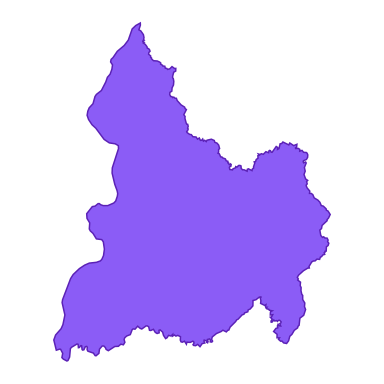 outline of Puerto Boyacá, Boyacá, Colombia
{"feature_id": "7082276B10585708061512", "entity_name": "Puerto Boyacá", "entity_type": "district", "adm_level": 2, "iso_a3": "COL", "parent_name": "Colombia", "parent_adm1": "Boyacá", "projection": "orthographic", "projection_center": [-74.402, 6.004], "detail": "fine", "context": "isolated", "style": "filled", "palette": "violet", "viewbox_px": 384, "rotation_deg": 0, "n_neighbors": 0, "source": "geoboundaries", "source_scale": "gbopen_adm2", "svg_char_len": 5996}
<svg xmlns="http://www.w3.org/2000/svg" viewBox="0 0 384 384"><path d="M53.8,340.0L56.3,350.2L59.7,349.1L60.6,349.3L62.7,353.3L61.9,357.6L63.3,359.1L66.9,361.0L68.0,360.5L69.6,357.1L70.4,348.6L71.5,347.3L77.0,344.0L78.1,344.3L78.4,347.7L79.4,347.5L80.7,345.7L81.6,345.7L82.1,349.6L82.7,350.1L83.9,349.8L85.3,346.7L86.7,346.4L87.3,347.3L87.1,349.7L87.9,351.2L93.4,353.1L95.1,355.6L96.0,355.8L98.9,353.4L99.5,349.1L102.2,346.0L103.8,346.0L105.4,347.6L106.1,349.4L108.3,350.7L114.8,346.5L118.4,346.3L120.8,344.2L123.4,344.8L124.9,342.3L124.1,339.6L124.7,337.8L126.7,336.0L130.3,334.6L132.2,329.6L133.2,328.9L135.0,329.2L137.7,326.2L140.2,328.4L141.8,329.0L146.1,325.9L147.3,325.9L148.7,326.8L149.5,330.3L150.8,330.5L153.4,329.3L155.3,332.4L157.1,333.5L159.2,332.8L159.0,330.3L160.1,329.9L162.6,332.1L163.5,335.4L165.6,338.6L167.1,337.7L168.5,335.4L171.0,336.0L172.7,334.4L172.6,336.1L174.4,335.0L175.9,336.1L177.8,335.4L180.5,336.7L180.3,340.1L181.0,341.8L182.3,342.2L184.5,341.2L186.4,344.2L186.9,342.2L190.2,342.4L192.9,341.2L193.9,342.1L193.9,343.4L193.0,344.6L193.5,345.4L195.6,345.7L197.7,344.4L200.0,346.7L202.2,343.6L204.8,343.0L203.9,341.0L204.2,340.1L206.5,340.9L206.7,342.3L207.6,342.8L208.1,341.4L207.4,339.5L209.6,338.9L210.3,340.0L210.2,341.9L211.8,342.1L212.6,341.1L211.6,339.3L212.3,336.9L216.5,333.5L221.0,331.6L222.9,330.2L226.3,331.9L227.9,330.2L228.8,330.1L230.1,327.1L235.7,321.5L236.6,319.9L238.1,319.2L242.2,314.8L243.9,314.3L244.6,312.9L247.8,311.8L248.2,309.9L250.2,309.0L252.9,305.9L253.0,300.5L256.0,299.7L259.2,297.2L260.4,296.9L261.0,297.1L260.3,298.3L260.9,300.7L260.6,303.4L264.7,305.4L265.9,304.7L265.5,306.7L265.8,307.4L266.9,307.3L266.2,308.2L266.6,308.7L268.9,309.4L269.3,310.2L272.2,310.8L270.6,311.7L270.4,312.6L270.3,315.0L272.7,314.7L271.5,316.9L270.3,317.2L272.2,319.2L271.0,321.1L271.2,322.2L272.1,322.1L273.8,320.0L274.8,321.0L276.7,320.6L277.4,321.4L278.4,320.4L279.7,320.3L281.1,321.8L280.9,322.8L279.8,323.6L280.7,326.0L279.0,325.7L278.1,324.3L277.4,326.0L277.8,327.8L275.9,328.4L273.6,331.5L277.1,334.3L277.0,337.8L279.5,337.8L278.5,339.3L279.1,339.9L280.6,341.2L282.0,341.1L283.6,342.9L286.6,343.5L288.6,340.8L289.8,336.3L291.9,334.4L294.3,330.3L297.6,327.9L298.0,326.3L299.1,325.3L299.9,318.2L303.7,315.3L305.6,309.5L304.5,306.7L304.8,303.0L302.7,299.5L302.7,295.4L301.8,294.3L301.0,290.8L301.1,287.5L300.2,285.6L300.5,282.2L297.7,280.0L298.3,278.9L297.3,277.3L298.6,275.1L303.5,270.7L307.8,268.1L309.3,268.0L309.0,266.5L311.7,262.0L313.3,261.0L315.1,260.9L317.0,259.1L319.6,259.4L320.4,257.1L321.5,256.7L323.0,254.8L324.7,254.4L324.2,252.8L325.0,252.3L325.0,251.3L326.2,251.1L326.4,246.8L328.1,245.5L328.8,243.2L327.6,241.7L328.1,240.1L327.1,238.1L324.9,238.0L323.7,236.8L322.5,237.4L320.8,235.5L319.8,230.1L321.5,228.6L322.1,225.4L327.1,220.7L327.1,219.6L328.5,218.1L330.2,214.5L328.0,211.0L326.4,210.2L326.1,208.8L323.3,206.1L321.3,205.6L319.9,202.3L317.9,200.1L314.2,197.9L312.8,194.6L311.2,193.4L309.5,193.4L309.8,191.1L307.1,187.9L306.2,185.8L306.2,185.1L307.2,183.9L306.6,181.6L307.7,180.4L305.6,178.9L304.0,174.5L305.2,171.2L304.4,167.5L306.2,163.0L305.6,162.0L303.6,162.8L303.2,161.8L303.5,160.7L306.4,159.5L307.6,157.4L307.8,154.9L307.1,153.2L306.3,152.5L303.6,152.3L302.0,150.4L299.7,151.2L299.8,149.4L298.3,148.4L295.6,148.5L295.5,147.8L296.6,147.1L296.9,144.3L293.7,145.6L289.8,143.0L288.8,144.9L282.9,142.0L281.7,143.5L280.1,143.8L279.0,148.6L277.5,149.4L277.6,147.4L276.2,146.5L272.1,152.3L271.2,152.2L270.5,150.7L269.6,150.4L269.0,150.8L268.6,152.7L265.9,151.7L263.3,154.3L261.3,153.7L260.1,154.5L258.4,154.0L259.2,155.2L257.9,155.6L258.0,158.2L256.2,159.5L255.6,161.5L254.2,161.9L254.8,163.0L253.5,166.9L253.6,168.1L252.3,169.1L252.0,170.6L248.4,168.8L247.3,169.3L247.1,171.2L244.1,169.8L242.5,169.8L241.2,168.3L241.0,165.9L239.9,165.4L238.6,165.5L236.9,167.1L235.7,166.6L235.5,167.8L233.0,168.8L232.5,169.9L229.8,169.5L229.4,167.4L229.8,166.6L230.8,166.4L231.2,164.6L230.6,163.9L229.8,164.7L229.1,164.5L228.6,162.9L227.8,162.8L227.9,161.3L226.2,160.8L225.4,158.9L222.5,157.8L222.0,157.0L220.7,156.9L219.3,153.8L218.0,153.2L218.6,152.2L218.6,149.6L219.6,148.6L218.7,145.1L217.0,143.1L214.8,142.3L214.3,140.5L211.4,139.2L207.0,140.2L206.2,141.6L204.7,140.3L203.4,141.1L202.7,139.0L201.6,140.3L200.4,140.4L199.3,138.0L197.5,139.1L196.1,137.0L192.9,136.7L191.3,134.6L189.7,134.4L187.0,132.5L186.7,131.4L187.5,130.9L188.2,129.0L187.6,128.2L188.2,126.3L187.7,124.3L186.8,124.2L186.2,123.1L184.9,118.1L185.1,116.5L183.8,114.7L186.4,109.6L185.1,108.5L184.6,107.1L181.1,104.9L177.2,100.6L176.4,98.3L174.9,98.2L173.8,97.1L172.7,97.6L171.9,96.6L170.7,96.5L169.7,94.6L169.9,92.4L171.8,91.2L172.1,87.8L173.5,85.0L173.8,81.3L173.3,78.6L172.6,77.7L172.7,76.1L173.7,72.2L175.7,71.1L175.8,68.4L174.6,68.5L172.0,66.6L169.8,68.8L167.6,69.4L166.8,68.4L165.3,68.2L164.8,66.2L162.9,66.1L162.6,65.3L160.6,64.2L160.8,63.1L159.7,62.1L157.3,61.0L153.5,60.7L151.6,58.9L151.5,57.9L150.6,57.3L150.7,56.0L148.6,54.2L148.9,52.4L150.0,51.4L149.8,50.2L148.7,48.7L147.3,48.2L147.0,46.7L145.3,44.4L143.3,43.0L144.2,42.3L142.8,41.5L143.1,40.6L144.2,40.2L143.6,39.5L144.0,37.6L143.4,34.6L140.8,30.9L138.9,29.8L140.4,25.1L140.3,23.0L135.8,25.5L132.2,28.9L128.3,40.1L124.2,45.5L117.3,51.3L113.0,57.6L111.1,59.4L110.6,61.9L112.5,64.9L111.9,69.2L110.1,74.2L107.4,77.3L105.8,81.9L101.4,90.5L96.4,94.4L95.0,96.5L93.0,103.7L89.2,107.8L87.8,111.2L87.1,115.3L88.6,119.6L92.0,124.7L95.8,128.2L104.1,139.4L109.3,142.9L115.2,143.8L118.3,145.6L118.5,148.6L112.3,167.9L112.1,173.1L114.8,184.4L117.1,190.7L117.7,193.6L117.3,196.3L115.7,201.0L113.8,203.0L107.8,205.6L103.2,205.6L100.6,204.7L99.4,203.6L98.1,203.6L95.1,206.1L92.3,206.6L86.7,213.7L87.0,218.4L89.7,222.9L89.3,229.0L90.3,230.9L93.0,233.4L96.4,238.9L101.7,239.6L103.3,241.8L104.4,249.1L103.5,255.6L101.8,259.4L100.4,260.9L96.5,262.3L89.3,263.1L84.7,265.1L79.4,268.6L73.2,274.5L70.6,278.6L62.6,299.6L62.1,302.6L64.9,315.0L62.9,324.7L61.1,328.7L55.6,335.0L53.8,340.0Z" fill="#8b5cf6" stroke="#5b21b6" stroke-width="1.5"/></svg>